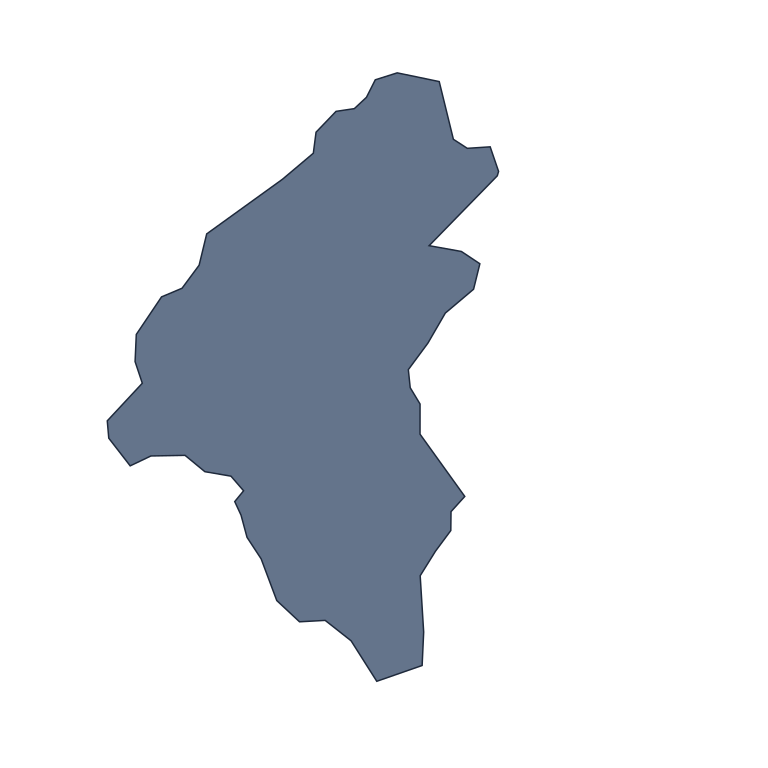 Ak-Talaa, Naryn, Kyrgyzstan (Equal Earth projection), rotated 138°
{"feature_id": "92254566B17697144541552", "entity_name": "Ak-Talaa", "entity_type": "district", "adm_level": 2, "iso_a3": "KGZ", "parent_name": "Kyrgyzstan", "parent_adm1": "Naryn", "projection": "equal_earth", "projection_center": [74.786, 41.313], "detail": "fine", "context": "isolated", "style": "filled", "palette": "slate", "viewbox_px": 768, "rotation_deg": 138, "n_neighbors": 0, "source": "geoboundaries", "source_scale": "gbopen_adm2", "svg_char_len": 855}
<svg xmlns="http://www.w3.org/2000/svg" viewBox="0 0 768 768"><g transform="rotate(138 384 384)"><path d="M186.9,615.9L205.2,608.8L221.8,608.5L237.2,618.7L266.0,616.6L282.1,602.8L322.4,604.1L415.3,614.2L441.9,596.0L470.0,590.3L491.0,597.6L534.9,586.6L554.0,567.2L563.1,546.3L614.3,541.8L624.8,527.9L627.4,493.0L605.4,486.5L579.6,464.1L575.8,438.7L559.4,417.9L559.8,398.6L573.6,396.5L578.0,382.2L588.4,361.7L592.3,336.3L608.6,294.8L605.9,263.8L585.9,247.7L580.3,215.2L588.3,167.9L544.0,149.3L520.5,173.1L485.4,217.3L457.6,225.3L432.4,230.4L419.6,244.3L399.2,246.4L390.8,322.6L370.6,345.0L367.0,363.7L356.3,378.4L324.0,385.0L290.9,395.7L288.9,395.6L254.0,394.5L232.3,409.2L237.8,430.7L257.9,456.6L160.5,462.9L156.6,465.3L146.4,489.2L164.4,503.4L168.7,519.4L140.6,571.8L166.0,606.4L186.9,615.9Z" fill="#64748b" stroke="#1e293b" stroke-width="1.5"/></g></svg>